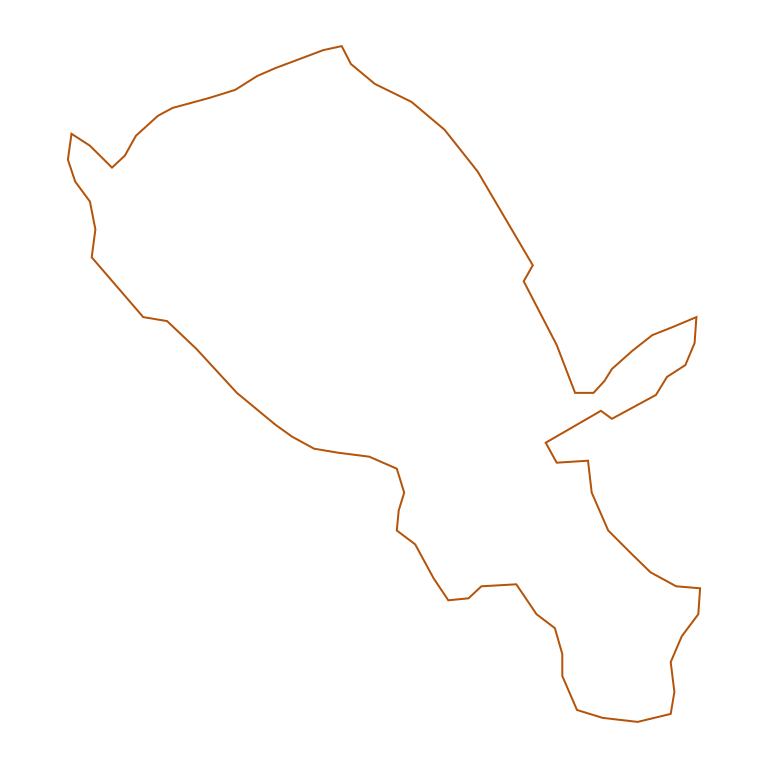 outline of Yeongdo-gu, South Korea
{"feature_id": "91817680B63526671374694", "entity_name": "Yeongdo-gu", "entity_type": "district", "adm_level": 2, "iso_a3": "KOR", "parent_name": "South Korea", "parent_adm1": "", "projection": "equal_earth", "projection_center": [129.069, 35.076], "detail": "fine", "context": "isolated", "style": "outline", "palette": "amber", "viewbox_px": 768, "rotation_deg": 0, "n_neighbors": 0, "source": "geoboundaries", "source_scale": "gbopen_adm2", "svg_char_len": 1084}
<svg xmlns="http://www.w3.org/2000/svg" viewBox="0 0 768 768"><path d="M236.9,392.9L275.5,424.8L292.1,436.7L314.1,448.7L338.0,452.7L369.3,456.7L396.8,468.7L404.2,492.6L398.7,510.5L396.8,530.5L415.2,544.4L433.6,578.3L448.3,600.3L468.5,598.3L481.4,586.3L516.3,584.3L536.5,614.2L554.9,628.2L562.3,654.1L562.3,676.0L577.0,710.0L602.7,717.9L637.6,721.9L670.7,713.9L674.4,692.0L670.7,662.1L681.8,636.2L698.3,614.2L700.1,588.3L676.2,586.3L650.5,572.3L632.1,554.4L608.2,530.5L591.7,492.6L588.0,460.7L556.7,462.7L545.7,442.7L600.9,410.8L611.9,418.8L656.0,394.9L667.0,376.9L685.4,365.0L694.6,343.0L696.4,317.1L672.5,327.1L652.3,335.1L632.1,351.0L611.9,369.0L604.5,380.9L593.5,392.9L575.1,392.9L556.7,345.0L523.7,281.3L532.8,265.3L477.7,171.6L444.6,129.8L411.5,101.9L374.8,83.9L350.9,64.0L341.7,46.1L323.3,50.1L275.6,68.0L257.2,76.0L235.1,89.9L209.4,97.9L172.6,107.9L157.9,115.8L135.9,135.8L124.8,155.7L112.0,167.6L89.9,145.7L71.5,133.8L67.9,159.7L75.2,181.6L89.9,201.5L95.4,229.4L91.7,257.3L143.2,317.1L167.1,321.1L196.5,349.0L236.9,392.9Z" fill="none" stroke="#b45309" stroke-width="2"/></svg>